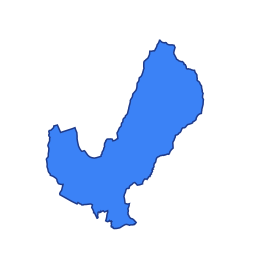 Gura Humorului, Suceava, Romania (orthographic projection), rotated 216°
{"feature_id": "2599482B5765834419568", "entity_name": "Gura Humorului", "entity_type": "district", "adm_level": 2, "iso_a3": "ROU", "parent_name": "Romania", "parent_adm1": "Suceava", "projection": "orthographic", "projection_center": [25.87, 47.518], "detail": "fine", "context": "isolated", "style": "filled", "palette": "blue", "viewbox_px": 256, "rotation_deg": 216, "n_neighbors": 0, "source": "geoboundaries", "source_scale": "gbopen_adm2", "svg_char_len": 5694}
<svg xmlns="http://www.w3.org/2000/svg" viewBox="0 0 256 256"><g transform="rotate(216 128 128)"><path d="M154.1,217.5L153.8,216.8L153.3,214.7L153.3,212.2L152.8,211.3L152.3,209.2L152.3,208.4L151.9,206.3L152.1,205.8L152.8,205.4L154.1,203.9L155.5,203.0L153.8,200.1L153.0,196.6L153.1,195.6L153.6,194.0L153.7,192.9L154.0,192.1L154.1,191.4L153.9,190.8L153.7,190.3L152.6,188.7L151.6,187.3L151.1,186.6L150.7,186.2L150.2,185.9L149.7,184.1L149.3,183.3L149.0,182.3L148.7,181.7L148.3,180.2L147.9,178.9L147.8,177.9L147.8,177.1L148.4,175.3L148.2,174.8L147.1,172.9L146.9,172.2L146.9,169.6L144.7,166.1L144.1,164.7L143.7,163.1L144.1,158.4L143.1,156.4L142.8,155.7L142.6,154.2L142.6,152.8L142.2,151.3L141.7,150.9L140.8,148.9L139.9,146.5L139.2,144.8L138.8,144.1L138.0,142.0L136.9,139.4L136.9,138.1L137.1,137.0L137.2,136.2L136.6,134.9L136.8,134.2L137.1,133.7L137.1,132.2L136.7,131.4L136.0,130.3L135.8,129.5L136.0,128.6L136.0,128.1L135.7,127.3L134.7,125.8L134.7,125.1L135.0,122.9L134.5,120.9L134.1,119.1L134.0,117.6L133.5,117.0L131.7,115.4L130.0,113.4L130.7,112.4L131.0,110.9L131.8,109.7L132.7,108.7L134.2,109.7L134.9,109.3L135.5,109.1L135.9,108.6L138.0,107.1L138.5,106.4L138.5,105.8L138.4,105.3L138.5,104.7L138.4,104.3L138.1,104.1L138.1,103.3L137.9,102.9L138.0,102.0L136.9,100.1L136.1,99.3L135.8,98.4L135.8,97.6L135.3,96.7L134.9,95.4L134.8,93.7L134.7,93.1L133.8,91.7L134.0,91.0L133.8,90.2L133.2,89.2L136.1,85.4L137.6,83.8L139.9,82.7L141.8,82.2L143.5,82.2L144.8,82.4L149.1,83.9L150.1,83.9L151.0,82.6L151.7,82.0L152.7,82.1L154.9,82.9L157.4,84.3L160.6,87.1L162.9,89.4L164.4,91.5L166.7,94.2L169.2,95.7L171.1,97.1L172.8,94.5L179.9,84.8L186.9,88.9L189.2,86.0L188.7,85.2L188.5,84.6L188.5,84.1L189.0,81.2L189.2,80.7L190.2,79.7L190.2,79.1L189.9,78.5L188.3,77.2L188.2,76.2L187.7,75.4L187.3,75.1L185.6,74.5L185.3,73.5L183.8,71.4L183.3,69.1L182.7,67.1L182.3,66.5L180.0,65.0L178.4,62.4L177.4,60.3L175.8,58.2L175.7,57.7L175.8,56.2L175.8,55.0L175.5,54.5L174.5,53.7L172.0,51.1L170.9,49.3L170.0,48.5L169.1,48.0L166.9,46.0L166.1,45.6L163.8,45.0L163.1,44.1L160.2,44.9L157.0,45.0L155.9,44.8L155.2,44.5L154.3,43.5L152.1,42.3L151.5,42.1L149.7,42.7L148.7,43.2L147.4,44.2L145.2,38.8L145.1,38.3L145.1,36.6L144.9,35.5L144.7,34.8L144.2,34.4L143.9,34.0L130.4,35.6L124.6,36.6L124.7,38.3L122.5,38.4L121.4,38.8L120.2,38.6L119.0,39.5L118.8,40.0L116.8,41.6L113.7,44.5L112.4,44.9L111.6,44.9L110.6,42.3L108.9,41.6L106.7,40.3L106.0,39.2L105.2,39.6L100.0,36.8L99.7,37.1L99.6,37.8L99.8,38.0L99.9,38.3L100.8,38.9L101.1,39.4L101.5,39.6L101.7,40.7L102.3,41.4L102.6,42.3L102.3,42.8L102.1,42.9L101.2,43.4L101.2,43.6L101.0,43.3L100.3,44.6L100.3,45.1L99.3,46.5L97.7,46.2L95.9,49.1L94.9,48.0L94.8,47.4L93.9,45.2L93.1,43.9L92.1,41.6L91.5,39.8L89.6,40.1L88.8,41.0L88.6,42.3L87.7,42.0L87.3,42.3L86.8,43.0L86.1,42.8L85.9,41.3L84.4,40.0L84.3,39.8L84.3,39.3L84.1,38.8L83.3,38.2L82.9,38.3L82.2,38.9L81.8,38.8L81.6,38.4L81.3,38.3L80.7,38.3L80.1,38.5L78.0,40.2L76.0,42.4L74.5,46.1L73.6,48.1L72.5,49.2L70.8,49.9L69.6,50.2L68.9,51.3L68.5,51.5L66.9,52.7L66.5,54.0L66.0,53.9L65.8,56.3L67.3,56.8L67.8,56.6L69.2,57.1L70.9,57.1L72.9,56.4L74.1,56.8L74.8,56.9L76.1,57.8L77.1,58.0L77.6,58.8L78.4,59.5L78.6,60.4L79.5,61.8L80.3,62.2L80.8,62.9L80.8,63.5L81.4,65.6L81.7,66.2L82.1,66.7L82.4,67.5L82.6,67.2L83.8,66.1L85.7,65.4L86.3,65.5L89.2,68.6L91.1,70.2L91.2,70.7L91.9,72.2L92.1,73.2L92.2,73.6L92.2,74.1L93.4,77.0L93.4,77.8L93.1,78.7L92.0,79.4L91.7,80.0L91.8,80.2L92.0,80.3L92.5,81.9L92.4,82.5L92.0,83.5L92.1,84.1L91.7,84.6L91.5,85.2L91.5,86.2L91.3,86.7L90.5,87.9L88.4,87.6L86.9,87.2L85.1,89.0L83.4,91.4L83.7,91.7L84.4,93.3L84.6,95.3L84.6,96.4L84.5,96.6L83.7,97.0L82.9,97.7L82.7,97.8L82.4,97.7L82.4,99.7L82.6,100.3L82.3,101.5L81.8,101.6L81.9,102.2L81.8,102.5L82.5,103.2L82.3,104.2L82.0,104.5L82.8,105.4L82.6,106.9L82.7,107.2L83.1,107.7L83.6,107.8L83.8,108.1L83.8,108.7L83.5,109.4L84.2,109.4L84.2,110.6L84.1,111.0L84.2,111.8L84.4,112.2L85.1,112.8L85.5,113.9L85.8,114.5L85.9,115.3L85.5,116.0L85.7,116.5L85.7,116.8L86.2,118.0L86.6,118.7L86.9,119.6L87.1,120.1L87.1,121.3L87.0,121.8L86.3,122.8L86.2,123.2L85.4,124.9L84.9,125.2L83.8,126.5L83.2,126.7L83.0,127.2L82.4,127.6L82.4,127.9L82.1,128.0L81.8,128.6L81.4,129.0L80.9,130.0L79.8,130.5L79.5,131.0L79.7,131.4L79.7,132.4L80.1,133.4L80.2,133.7L80.1,134.9L80.2,135.8L79.7,138.2L82.3,141.5L82.9,142.1L83.4,143.2L83.6,145.3L84.0,146.5L84.3,146.9L84.2,147.4L84.4,148.3L84.8,149.1L85.3,149.8L85.0,150.5L84.2,151.4L84.1,151.9L83.7,152.6L83.8,153.8L83.3,154.8L83.2,156.0L84.0,159.3L83.9,160.1L82.3,161.6L81.9,163.1L82.0,163.8L81.8,165.5L81.7,165.9L81.1,166.6L79.8,168.3L79.1,169.4L78.8,170.2L79.1,170.9L78.9,171.6L78.5,172.3L77.9,174.3L77.9,174.6L78.1,175.4L78.5,175.8L78.8,176.8L78.9,178.0L79.0,178.7L79.0,179.1L78.6,180.9L78.0,182.0L77.2,182.9L77.2,183.0L77.9,184.0L78.8,185.9L79.1,186.2L80.6,189.9L81.2,191.3L82.9,193.9L83.7,195.4L85.5,196.3L85.9,196.8L86.6,197.9L87.2,199.1L87.4,199.8L87.6,200.2L88.5,200.5L89.4,201.1L89.9,201.9L92.1,203.8L93.2,205.2L95.0,205.8L96.1,206.4L96.8,206.9L97.4,207.1L99.9,207.2L100.3,207.4L101.2,208.9L102.2,209.8L103.4,211.4L104.6,211.9L106.3,212.4L108.1,213.8L108.6,213.3L110.8,212.4L112.1,212.2L112.8,211.9L113.2,211.5L114.0,211.4L114.6,210.6L115.1,210.5L116.0,210.7L116.8,211.6L117.2,212.0L118.9,212.9L119.2,212.8L119.9,212.4L120.1,212.9L120.9,213.1L121.3,213.5L122.1,213.6L123.1,213.7L123.9,213.0L126.2,212.3L127.1,212.3L128.2,212.4L129.1,212.1L130.2,212.9L132.8,214.2L133.3,214.5L134.0,214.7L134.5,215.1L135.4,216.0L136.2,217.9L137.3,220.9L138.3,221.3L139.4,222.0L140.4,221.5L141.0,221.3L143.0,219.8L144.5,219.1L146.2,219.0L146.9,219.4L147.3,219.4L147.8,219.2L148.2,218.9L148.3,218.5L150.3,217.5L151.0,217.4L152.1,217.4L153.7,217.8L154.1,217.5Z" fill="#3b82f6" stroke="#1e3a8a" stroke-width="1.5"/></g></svg>